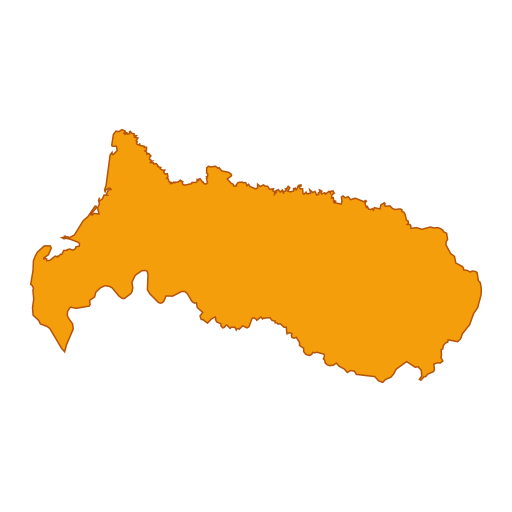 the district of El Litoral Del San Juán (Docordó), Chocó, Colombia
{"feature_id": "7082276B60850908313742", "entity_name": "El Litoral Del San Juán (Docordó)", "entity_type": "district", "adm_level": 2, "iso_a3": "COL", "parent_name": "Colombia", "parent_adm1": "Chocó", "projection": "orthographic", "projection_center": [-77.053, 4.269], "detail": "fine", "context": "isolated", "style": "filled", "palette": "amber", "viewbox_px": 512, "rotation_deg": 0, "n_neighbors": 0, "source": "geoboundaries", "source_scale": "gbopen_adm2", "svg_char_len": 6047}
<svg xmlns="http://www.w3.org/2000/svg" viewBox="0 0 512 512"><path d="M437.8,227.6L434.2,228.0L430.4,227.0L422.0,229.3L416.8,227.7L410.8,228.3L410.8,225.8L410.0,224.6L407.3,224.4L408.5,223.3L408.1,221.0L406.4,220.0L405.2,214.7L404.1,212.4L401.8,211.3L402.0,209.8L400.2,208.9L395.1,209.5L392.5,208.5L390.0,205.9L385.4,206.3L384.4,205.3L385.1,203.5L384.2,202.8L380.9,204.9L380.0,208.9L374.3,207.7L373.4,210.2L372.3,208.7L370.8,209.5L368.6,209.1L367.4,206.5L366.4,207.4L364.9,202.9L366.4,201.3L365.6,200.5L363.7,201.6L355.2,198.2L350.6,199.7L348.2,196.7L345.1,197.8L343.0,196.0L341.4,197.0L342.0,201.5L341.1,204.1L333.9,202.6L333.5,201.9L334.5,201.2L336.3,201.6L333.7,200.3L333.3,197.6L331.5,198.2L332.0,194.7L334.2,193.2L332.9,190.8L330.5,191.5L330.3,192.9L329.1,191.3L325.4,194.1L324.7,192.7L321.8,194.0L321.2,193.2L321.8,191.1L319.5,189.9L319.9,191.9L318.3,192.9L318.7,194.1L316.8,195.1L314.9,191.4L312.7,192.5L309.8,189.8L310.6,193.3L307.0,193.9L306.1,192.1L303.9,194.3L303.0,193.5L302.6,188.8L300.1,188.6L299.6,187.5L299.4,186.4L301.0,186.1L301.0,184.9L298.5,185.4L296.5,189.7L295.4,189.5L295.3,188.2L293.6,188.6L293.6,191.0L290.2,191.9L288.0,191.2L289.8,187.6L288.2,186.3L287.0,188.3L285.5,188.9L286.7,190.0L284.9,191.3L283.5,191.2L283.7,193.8L282.3,190.0L280.2,192.1L278.3,189.6L275.6,191.0L276.5,191.9L274.5,194.3L274.8,191.9L272.6,190.6L273.4,188.8L269.5,189.3L267.7,186.3L265.3,186.2L263.5,184.9L260.2,186.5L257.6,184.2L257.6,187.8L255.7,188.9L250.0,186.5L248.5,184.3L247.0,185.7L245.6,182.6L243.0,182.7L242.2,182.0L238.1,182.5L236.3,184.8L236.5,185.9L233.9,186.2L233.2,184.2L231.2,183.3L227.2,179.0L231.4,175.9L231.5,174.5L228.7,172.3L221.7,170.9L219.1,167.7L218.0,168.3L215.4,166.2L211.1,167.0L208.5,166.3L206.7,167.8L206.6,173.0L207.8,174.0L207.5,176.2L206.5,176.8L207.4,177.5L206.4,178.7L207.5,182.6L206.3,184.0L204.1,183.7L202.9,181.9L202.0,182.5L202.4,181.8L200.0,178.7L198.5,179.3L198.5,180.3L197.1,179.5L197.1,181.5L196.1,182.4L191.9,182.5L191.6,183.6L185.0,185.1L183.0,184.6L182.2,182.4L182.8,181.8L181.3,180.8L180.1,181.1L180.0,180.4L178.0,182.1L175.2,182.2L174.8,182.9L173.8,182.1L172.1,183.5L170.8,183.5L171.8,182.6L169.1,181.8L168.1,178.8L166.7,178.2L168.0,176.9L167.3,173.6L165.3,174.1L163.6,172.2L164.8,170.1L162.0,170.1L160.1,168.5L160.8,167.5L157.7,166.5L157.8,165.3L156.2,163.6L153.8,164.0L153.4,162.8L150.5,162.5L152.3,161.1L151.0,161.2L151.1,160.2L149.6,159.4L149.7,157.0L150.9,155.9L148.7,153.5L146.9,154.3L146.8,152.2L144.9,150.9L146.5,150.0L146.5,147.2L144.3,147.5L144.3,146.3L139.9,145.4L139.7,144.0L138.3,144.8L137.2,144.5L136.4,143.0L137.3,141.8L136.1,140.8L137.9,138.0L134.9,137.4L136.4,135.7L133.9,135.7L134.2,134.0L131.8,133.3L130.3,131.4L129.5,131.7L129.6,133.6L127.3,134.2L127.1,132.9L126.0,132.5L125.6,134.0L124.8,134.1L124.0,133.3L125.2,131.1L122.0,129.6L118.9,131.6L116.0,131.1L113.4,134.4L111.7,145.4L112.4,146.2L116.4,146.2L117.2,150.6L113.2,154.6L112.1,154.3L112.0,152.5L110.1,155.0L106.1,185.3L104.6,189.8L105.3,192.5L105.4,190.3L108.3,188.2L110.2,188.2L111.0,189.4L108.3,190.1L106.3,194.4L107.2,195.1L104.0,195.1L102.4,198.9L99.2,201.2L98.7,200.0L99.7,197.7L99.3,198.4L98.6,200.2L99.4,204.1L97.6,208.0L99.0,214.0L94.0,213.4L92.1,215.0L90.7,214.6L96.3,207.9L96.3,206.4L95.1,206.1L87.9,216.6L83.2,220.7L74.4,235.0L69.4,237.7L67.7,236.7L66.0,237.0L65.3,236.3L64.9,236.9L64.4,235.6L64.4,237.1L61.9,237.7L64.0,238.8L66.1,238.3L69.8,239.1L77.9,242.2L79.5,243.5L79.3,246.1L75.9,246.9L75.4,248.8L72.8,250.2L69.6,249.0L67.2,249.7L67.1,250.4L63.8,250.4L61.8,254.4L60.4,254.3L59.2,255.9L57.5,256.2L57.5,257.0L55.2,256.1L49.8,260.4L46.7,260.7L46.7,259.0L45.3,258.2L43.9,259.0L43.7,257.9L48.4,254.8L51.3,248.1L50.3,245.9L44.3,245.9L37.6,251.9L35.4,255.7L33.4,260.7L33.0,270.6L30.7,284.4L32.3,285.6L33.5,288.3L32.9,290.1L33.7,299.2L32.5,307.9L33.1,315.2L38.8,320.5L40.3,323.9L47.2,326.5L49.8,328.5L61.6,348.4L64.6,351.8L66.6,344.5L73.2,329.1L72.6,323.9L68.1,317.6L67.2,314.7L67.7,311.0L70.3,307.2L76.4,308.3L89.2,306.1L90.1,304.6L89.6,300.4L94.6,297.0L95.7,292.6L97.0,291.0L100.4,287.9L104.7,285.7L109.1,286.3L112.1,287.8L118.9,296.0L122.0,298.3L124.3,298.6L130.9,293.5L132.0,291.6L132.8,287.7L131.9,282.3L135.3,275.3L141.8,270.7L145.9,270.5L147.2,271.5L148.0,274.6L147.4,289.8L149.9,293.9L158.4,302.5L160.4,303.2L162.3,302.7L163.9,301.1L166.0,296.0L172.7,296.1L181.7,291.5L184.8,291.5L187.4,293.7L191.8,301.3L194.4,303.1L196.4,302.8L197.3,307.6L202.7,312.4L200.0,316.0L201.2,319.4L203.3,319.9L207.5,323.1L211.1,319.2L215.2,316.9L215.9,318.4L215.4,319.5L216.8,322.0L220.7,323.6L221.1,326.2L222.8,327.9L224.3,327.4L226.0,325.2L227.1,325.2L230.1,328.4L231.4,327.1L235.1,327.4L236.2,329.9L236.6,329.0L238.4,328.5L239.3,329.2L242.7,325.8L247.0,327.9L249.0,326.7L252.0,318.5L253.0,317.8L255.6,318.6L256.8,320.3L260.9,317.0L262.6,319.0L263.6,318.2L269.9,317.7L272.1,320.5L275.1,321.0L275.1,322.8L276.8,322.8L278.0,324.1L280.4,323.8L284.1,327.3L286.3,327.2L286.9,333.8L289.7,332.6L292.0,333.8L291.4,335.5L291.9,337.5L294.4,338.2L296.2,337.3L299.5,342.3L299.5,345.5L303.6,348.2L303.7,351.7L305.9,354.4L309.2,355.5L311.5,354.6L312.9,352.3L314.4,352.9L316.6,352.2L324.2,354.2L324.4,356.8L323.3,358.8L324.6,360.0L325.3,363.1L327.5,364.9L329.8,365.7L333.4,365.1L336.3,363.1L339.2,366.3L344.3,369.0L347.3,372.5L350.7,370.5L354.5,371.2L356.3,374.4L374.8,376.6L378.5,380.8L382.7,382.4L385.5,379.5L391.0,377.1L393.8,373.8L396.1,369.2L406.6,361.6L415.3,367.3L418.0,366.7L421.2,370.2L421.8,376.0L419.4,379.3L420.9,380.2L424.1,376.7L425.7,376.6L427.6,374.2L433.7,371.5L434.4,369.3L433.8,364.1L437.8,362.8L440.2,363.1L442.8,361.0L440.9,357.4L441.5,355.2L441.1,349.6L442.7,349.1L443.4,345.5L445.5,343.0L447.8,342.0L448.1,339.8L457.6,341.7L460.6,338.8L462.3,333.9L469.6,324.7L473.6,313.6L477.7,307.5L481.1,294.7L481.3,288.5L480.3,282.7L478.4,280.6L477.1,272.7L475.6,271.5L472.3,271.0L470.2,272.0L467.4,270.5L463.6,269.9L463.5,268.0L462.2,266.4L455.8,263.0L454.5,256.4L450.7,253.6L446.0,245.0L446.0,242.2L447.6,239.3L446.6,233.3L443.5,231.7L442.9,230.3L440.6,228.7L437.8,227.6Z" fill="#f59e0b" stroke="#b45309" stroke-width="1.5"/></svg>